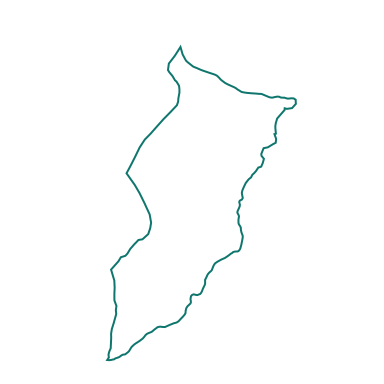 outline of Phangyuel, Wangdi Phodrang, Bhutan, rotated 346°
{"feature_id": "84629894B89694537760165", "entity_name": "Phangyuel", "entity_type": "district", "adm_level": 2, "iso_a3": "BTN", "parent_name": "Bhutan", "parent_adm1": "Wangdi Phodrang", "projection": "mercator", "projection_center": [89.951, 27.528], "detail": "fine", "context": "isolated", "style": "outline", "palette": "teal", "viewbox_px": 384, "rotation_deg": 346, "n_neighbors": 0, "source": "geoboundaries", "source_scale": "gbopen_adm2", "svg_char_len": 3335}
<svg xmlns="http://www.w3.org/2000/svg" viewBox="0 0 384 384"><g transform="rotate(346 192 192)"><path d="M216.0,261.0L217.5,260.2L219.5,260.2L221.7,260.7L222.7,260.6L223.7,260.0L224.7,259.1L225.3,258.3L227.0,255.3L229.1,250.9L229.7,249.5L230.3,248.2L230.6,246.7L230.2,242.8L230.3,240.6L230.7,238.6L230.6,237.5L229.7,234.7L229.6,233.4L230.3,230.3L230.8,229.1L231.7,227.0L231.7,226.0L231.4,224.8L231.1,223.6L231.1,222.6L231.9,221.2L232.6,220.3L233.8,218.9L235.0,217.1L235.4,215.8L235.4,213.2L236.2,212.0L237.3,211.7L238.6,211.4L239.8,210.1L240.0,205.8L240.3,204.5L241.3,202.6L243.8,199.3L246.3,196.3L249.5,193.8L250.4,193.2L252.9,192.1L253.6,191.2L254.7,189.9L256.6,188.9L259.1,187.2L261.4,185.1L262.3,184.3L263.7,184.3L265.3,184.1L267.8,180.8L269.8,177.2L268.2,173.8L268.4,171.9L272.1,166.8L276.4,167.0L282.1,165.2L285.1,164.5L286.5,160.9L286.0,155.8L287.5,155.7L288.3,150.4L288.8,148.2L290.0,145.4L292.4,141.3L301.7,134.8L302.2,133.2L304.2,134.3L309.4,134.8L314.1,131.6L314.9,127.5L313.3,125.8L311.1,125.1L308.7,124.8L307.6,124.6L306.0,123.8L304.4,122.8L302.7,122.4L301.0,121.8L299.5,120.6L297.9,120.1L295.5,119.9L293.1,119.9L291.8,119.6L289.9,118.7L283.5,113.9L282.4,113.4L280.5,112.9L278.3,112.1L273.0,110.4L269.0,109.0L265.9,107.7L264.3,106.9L263.6,106.2L260.6,103.1L259.7,101.9L258.2,100.5L256.0,98.8L252.6,96.1L250.4,94.1L247.5,90.5L246.6,89.0L246.0,87.8L244.6,85.5L243.2,84.1L240.8,82.5L236.8,80.0L231.4,76.5L229.6,75.2L226.1,72.5L224.4,71.3L223.4,70.5L219.4,65.3L218.0,63.2L217.5,61.4L216.2,56.3L215.9,48.5L208.8,55.2L207.9,56.0L201.6,61.0L200.6,61.8L198.9,66.1L198.2,67.9L199.0,70.4L201.1,74.7L202.5,79.5L203.7,81.2L205.1,85.8L204.7,89.0L203.9,92.4L201.5,97.7L200.3,101.2L198.3,104.2L191.6,108.5L186.3,111.8L182.3,114.2L173.6,120.1L167.5,124.3L166.4,125.1L158.9,129.7L156.5,131.9L152.0,136.1L147.3,141.7L145.4,144.0L140.8,149.3L138.0,152.5L133.0,158.0L138.2,171.4L140.8,180.3L143.3,191.8L143.5,193.0L145.3,202.5L145.5,203.6L144.9,211.9L142.7,217.0L139.3,222.3L132.5,225.9L128.4,225.6L126.1,227.1L123.3,228.8L118.3,232.3L114.4,236.2L111.9,237.8L107.2,238.1L103.8,241.5L94.7,247.7L95.2,259.1L93.8,266.1L92.0,272.2L90.8,277.1L90.5,278.6L91.1,284.3L89.5,288.3L89.0,292.0L86.5,296.4L84.3,300.3L81.1,305.5L79.2,310.0L78.3,314.0L75.3,324.0L74.0,325.6L72.7,327.5L71.6,329.7L71.3,332.4L69.1,334.5L70.8,335.1L72.9,335.4L74.5,335.4L75.9,335.5L77.4,334.9L79.1,334.8L81.2,334.6L82.3,334.2L84.2,333.4L85.8,333.1L87.6,333.4L88.7,333.0L91.0,332.0L92.5,331.1L95.6,328.0L96.5,327.4L99.2,325.9L100.8,325.3L104.7,324.0L108.5,322.4L110.6,321.0L112.3,319.6L113.6,318.9L115.5,318.4L118.1,318.1L119.1,317.9L121.2,316.9L122.6,316.2L123.7,315.8L125.7,314.9L126.7,314.8L128.7,315.0L130.4,315.7L133.1,316.5L138.0,315.6L143.1,314.9L144.4,315.0L145.9,314.8L147.6,314.2L151.8,311.5L153.1,310.7L154.2,309.9L155.1,309.3L156.4,307.9L157.2,305.5L158.4,303.3L160.0,301.8L163.4,299.9L164.1,299.1L164.5,297.5L164.6,295.7L165.2,294.2L165.8,292.9L167.2,291.9L168.9,291.7L170.7,292.7L172.3,293.3L175.3,292.9L176.3,292.2L177.6,290.8L179.1,288.6L180.6,286.8L181.7,285.5L182.5,284.3L183.1,281.9L183.4,280.5L185.7,277.8L186.5,276.7L187.4,275.7L189.0,274.5L191.5,273.2L192.3,272.6L195.1,268.7L196.3,267.5L197.4,266.7L199.8,265.8L200.9,265.5L204.3,264.6L206.6,264.2L207.9,264.0L212.3,262.4L214.9,261.2L216.0,261.0Z" fill="none" stroke="#0f766e" stroke-width="2"/></g></svg>